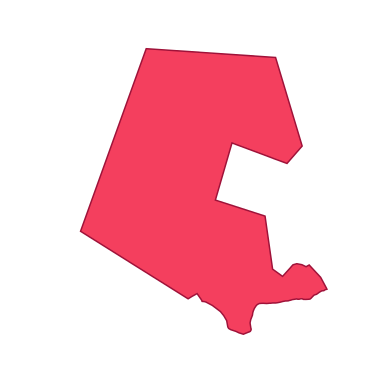 the district of Sadat City, Al Buhayrah, Egypt, rotated 79°
{"feature_id": "37247803B47904528840221", "entity_name": "Sadat City", "entity_type": "district", "adm_level": 2, "iso_a3": "EGY", "parent_name": "Egypt", "parent_adm1": "Al Buhayrah", "projection": "mercator", "projection_center": [30.833, 30.358], "detail": "fine", "context": "isolated", "style": "filled", "palette": "rose", "viewbox_px": 384, "rotation_deg": 79, "n_neighbors": 0, "source": "geoboundaries", "source_scale": "gbopen_adm2", "svg_char_len": 1881}
<svg xmlns="http://www.w3.org/2000/svg" viewBox="0 0 384 384"><g transform="rotate(79 192 192)"><path d="M167.9,75.1L75.9,84.3L42.6,209.6L209.3,308.9L296.1,216.2L294.4,211.7L292.7,206.4L298.8,203.7L300.6,203.0L301.3,203.0L301.4,202.8L301.4,202.5L301.6,202.0L301.7,201.6L301.8,201.2L302.0,200.8L302.1,200.4L302.3,200.0L302.5,199.7L302.7,199.3L307.2,193.7L309.0,192.1L309.3,191.8L314.8,186.9L319.3,184.5L320.1,184.2L324.9,182.5L331.3,182.6L332.5,182.2L332.9,182.1L334.5,180.3L337.2,175.5L339.2,172.8L341.4,168.7L340.4,163.6L340.3,162.9L340.3,162.7L340.2,162.6L340.2,162.4L340.2,162.2L340.1,161.9L340.0,161.7L339.9,161.6L339.9,161.4L339.7,161.2L339.4,160.9L339.2,160.7L338.9,160.5L338.7,160.4L338.4,160.3L338.3,160.2L338.2,160.2L337.9,160.2L337.7,160.1L337.4,160.1L337.2,160.2L331.6,160.0L328.5,158.7L324.5,156.2L322.2,155.4L321.6,155.1L320.4,154.5L319.9,154.1L319.3,153.8L317.5,152.4L316.6,151.4L315.8,150.7L314.9,149.3L314.7,148.5L314.5,148.1L314.4,147.5L314.3,146.9L314.4,146.4L314.6,144.7L314.9,143.1L315.7,140.0L315.8,139.2L316.0,136.8L316.2,136.0L316.2,135.4L316.3,134.5L316.3,134.1L316.9,131.1L317.0,129.0L317.0,127.2L317.0,126.9L316.9,125.0L316.8,124.0L316.8,121.1L316.9,120.6L317.2,118.5L317.2,118.0L317.1,117.7L317.0,115.5L316.8,114.3L316.8,113.6L316.9,111.4L316.9,109.9L316.9,109.5L317.3,109.2L317.6,107.8L317.7,107.3L317.6,105.5L317.8,104.6L318.0,103.9L318.6,103.3L318.8,102.3L318.9,102.0L319.1,101.1L319.3,99.7L319.4,99.1L319.6,97.4L319.6,96.5L319.0,95.4L317.9,93.9L316.6,92.0L316.4,91.4L316.3,90.4L316.2,89.4L315.8,88.4L314.7,86.1L313.8,83.5L314.0,81.4L313.4,80.1L313.3,79.6L313.2,78.1L312.3,78.3L300.3,82.0L293.9,86.0L286.0,90.9L287.1,94.3L284.3,98.0L282.4,102.8L282.7,106.7L284.3,108.9L284.7,109.3L292.1,119.2L283.1,127.6L229.6,124.9L204.4,170.6L151.5,143.4L174.3,106.1L174.6,105.7L182.1,93.3L167.9,75.1Z" fill="#f43f5e" stroke="#9f1239" stroke-width="1.5"/></g></svg>